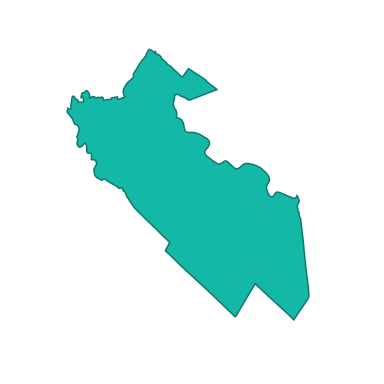 Thu Thua, Long An, Vietnam, rotated 166°
{"feature_id": "81297802B60662496728573", "entity_name": "Thu Thua", "entity_type": "district", "adm_level": 2, "iso_a3": "VNM", "parent_name": "Vietnam", "parent_adm1": "Long An", "projection": "equal_earth", "projection_center": [106.358, 10.661], "detail": "fine", "context": "isolated", "style": "filled", "palette": "teal", "viewbox_px": 384, "rotation_deg": 166, "n_neighbors": 0, "source": "geoboundaries", "source_scale": "gbopen_adm2", "svg_char_len": 6103}
<svg xmlns="http://www.w3.org/2000/svg" viewBox="0 0 384 384"><g transform="rotate(166 192 192)"><path d="M180.4,60.5L179.3,61.0L166.3,74.3L152.9,87.7L142.3,71.2L128.4,50.3L124.2,43.3L118.8,48.3L106.2,59.4L104.5,61.4L103.5,63.7L102.9,66.9L102.1,71.8L100.2,88.1L97.1,110.3L96.7,111.9L95.2,123.1L94.6,128.2L93.5,136.7L93.3,139.1L93.1,139.9L93.1,140.3L93.5,141.7L93.6,142.5L93.6,143.5L93.6,144.3L93.1,145.8L93.0,146.2L93.1,146.5L93.6,147.4L93.7,147.9L93.7,148.6L93.4,150.2L93.3,151.1L93.3,151.4L93.4,152.2L93.4,152.9L93.2,153.3L92.3,154.5L91.6,155.4L90.6,156.4L90.2,157.2L90.1,157.9L90.2,159.0L90.4,160.6L90.6,162.0L91.1,163.1L91.9,162.0L92.8,161.2L93.1,161.0L93.3,160.9L94.0,160.9L95.4,161.7L97.6,163.2L107.0,170.2L108.3,171.0L108.8,171.2L109.7,171.3L110.0,171.3L110.8,171.2L111.7,170.4L112.9,169.3L113.9,168.4L114.7,168.1L115.6,168.0L116.1,168.1L116.7,168.6L117.4,169.3L117.9,170.4L118.5,172.7L118.8,175.0L118.8,177.8L118.6,178.7L118.4,179.2L118.1,179.9L117.4,180.7L115.5,182.7L114.3,183.9L113.8,185.0L113.6,185.8L113.6,187.2L113.7,188.2L114.3,189.9L114.9,191.7L116.0,193.6L118.9,197.9L120.3,199.5L122.6,201.4L124.6,202.9L125.9,203.8L127.9,204.8L130.5,206.0L132.5,206.6L134.7,206.6L135.5,206.3L140.4,203.9L141.9,203.6L143.0,203.6L143.3,203.7L144.3,204.2L145.3,205.3L146.2,206.6L149.5,211.8L150.9,213.4L151.6,213.9L152.4,214.1L153.3,214.1L154.2,213.8L155.2,213.2L156.2,212.9L157.6,212.6L158.5,212.7L159.3,212.8L160.1,213.1L160.6,213.4L164.2,217.3L167.8,221.8L168.5,222.7L169.5,224.3L170.0,225.4L170.2,226.4L170.1,227.2L169.9,227.7L169.5,228.5L168.9,229.3L167.6,230.3L166.9,230.7L165.1,232.1L163.7,233.9L163.2,235.1L163.0,236.1L163.0,236.8L163.6,238.6L164.3,239.8L165.2,240.9L167.4,242.9L170.6,246.1L171.7,246.9L173.0,247.8L174.6,248.7L176.5,249.6L178.1,250.0L180.0,250.3L181.3,250.7L182.7,251.5L183.4,252.0L183.7,252.8L183.9,253.6L184.0,255.0L183.8,259.1L183.8,260.5L183.9,262.3L184.3,263.7L184.7,264.6L185.9,265.9L189.0,268.3L188.4,269.9L188.0,271.1L187.8,272.3L187.7,273.0L187.8,274.9L187.9,275.7L188.2,276.3L188.8,277.6L189.0,278.1L189.0,279.1L188.9,280.8L188.6,282.8L188.4,283.4L188.2,283.8L187.6,284.6L187.0,285.6L186.6,286.6L185.9,288.5L185.4,290.6L184.6,290.2L184.0,290.2L183.1,290.3L182.3,290.3L181.9,290.0L181.0,289.2L180.2,288.3L179.4,287.6L178.5,286.9L177.2,286.1L176.3,285.4L174.6,283.6L173.3,282.3L172.5,281.8L171.0,281.9L159.2,283.4L148.3,284.7L145.9,285.0L143.0,285.3L144.7,287.6L147.0,290.6L148.4,292.2L150.5,295.2L151.7,297.2L152.3,298.1L156.0,302.3L161.7,308.3L165.5,312.5L170.9,308.0L172.8,306.4L173.5,306.2L173.9,306.3L174.5,306.5L175.6,308.3L177.2,311.3L177.6,312.0L178.6,313.0L180.3,315.8L181.9,318.6L182.3,319.1L183.6,320.3L184.1,320.8L185.5,323.1L185.9,324.2L188.4,327.7L189.6,329.7L189.3,330.8L191.0,333.1L192.0,334.2L192.3,334.3L192.7,334.3L193.1,334.1L193.5,334.1L193.7,334.3L193.9,334.5L193.9,334.8L193.9,335.2L193.4,336.2L193.4,336.5L193.4,336.9L193.5,337.2L193.8,337.3L194.1,336.6L194.4,336.4L194.6,336.4L194.8,336.5L195.2,336.9L195.9,338.0L197.2,339.4L198.4,340.7L199.7,340.2L200.4,339.7L201.1,339.0L201.6,338.5L203.0,336.8L203.7,335.8L204.3,334.9L205.6,334.1L206.1,333.6L206.6,333.0L207.2,332.6L208.0,332.2L208.9,331.6L212.7,328.3L215.6,325.2L220.4,320.8L220.6,319.4L220.7,318.8L221.1,317.7L221.8,317.0L222.8,316.4L226.8,314.5L227.9,313.7L229.3,312.7L230.8,311.3L233.1,308.8L233.9,307.7L234.4,306.7L234.6,305.1L234.6,303.7L234.6,302.5L234.2,300.5L237.2,300.0L240.5,299.7L241.3,299.8L241.5,302.4L246.4,302.7L247.6,302.7L247.9,301.9L248.1,301.6L248.4,301.3L248.8,301.4L250.5,302.0L251.6,302.2L253.5,302.1L254.9,302.4L255.5,302.6L255.9,302.8L256.1,303.0L256.0,303.5L255.4,304.5L255.5,304.8L255.9,305.4L256.3,305.9L256.7,306.0L257.0,306.1L257.9,305.6L258.5,305.7L258.8,305.9L259.6,306.4L260.4,306.6L260.8,306.6L261.4,306.3L261.9,306.3L262.4,306.7L263.5,307.7L264.4,308.4L265.3,308.5L266.3,308.5L267.3,308.4L267.9,307.9L268.4,307.8L268.6,308.1L268.6,308.6L268.3,309.1L268.1,310.2L267.9,311.5L267.9,312.4L268.3,313.7L268.9,315.0L269.6,315.8L270.1,315.9L270.7,315.7L271.7,315.0L272.1,314.8L272.9,314.6L274.0,314.7L274.6,314.6L275.1,314.1L276.6,311.2L276.8,310.4L276.4,310.2L274.8,310.2L274.8,308.9L275.2,306.1L275.4,305.8L275.8,305.7L276.4,305.7L277.8,306.0L279.6,306.5L280.5,306.8L280.5,307.3L280.5,308.7L280.6,308.9L281.9,310.0L282.4,310.5L282.7,311.0L282.9,312.0L283.1,312.8L283.4,313.3L284.1,313.7L284.7,313.8L285.0,313.5L285.4,312.9L286.1,311.3L287.4,308.1L288.3,306.1L288.8,304.2L289.4,302.6L289.6,301.7L290.5,302.0L291.3,302.4L292.4,303.3L292.5,302.3L293.5,300.8L293.9,299.9L292.2,296.3L291.6,294.6L290.4,292.1L290.1,290.9L289.9,287.5L289.7,287.1L289.5,286.6L289.1,286.0L288.2,285.4L287.5,285.2L287.1,284.8L286.9,284.5L286.7,284.1L286.4,281.6L286.3,281.3L286.2,280.6L286.2,280.3L287.2,278.5L288.5,275.9L289.6,274.4L290.5,273.5L290.1,271.5L290.3,270.4L291.4,267.7L291.7,266.6L291.9,266.0L291.8,265.2L291.5,264.3L290.9,263.2L290.6,262.9L290.1,262.7L289.1,262.7L287.6,263.1L286.1,264.2L284.7,265.2L284.5,265.3L284.0,264.9L283.7,264.6L283.3,263.5L283.2,262.9L283.1,261.8L283.8,258.9L284.1,257.4L284.2,256.7L284.1,255.5L283.9,255.2L283.5,254.9L282.6,254.5L281.1,254.2L280.7,254.0L280.5,253.6L280.4,253.3L280.4,252.7L281.1,250.3L281.3,249.4L281.8,248.6L281.9,248.1L281.9,247.8L281.6,247.6L278.8,246.7L278.5,246.5L278.2,246.2L278.0,245.9L277.9,245.5L277.7,243.8L277.6,242.6L277.6,242.2L279.8,240.1L280.6,239.1L281.7,237.8L281.9,237.0L282.2,233.1L282.2,231.8L282.0,231.1L281.4,229.7L279.9,228.2L276.9,225.3L276.2,225.2L275.5,225.5L274.6,226.1L274.3,226.1L273.7,225.9L271.3,223.0L266.0,217.8L264.1,216.2L263.2,215.3L262.8,213.9L262.0,213.3L261.2,213.0L260.2,212.9L259.3,213.0L258.8,213.0L258.6,212.1L258.4,209.8L258.1,209.3L257.5,209.0L256.9,208.3L256.7,207.9L256.6,207.4L256.7,206.7L256.8,206.4L256.7,205.2L256.4,203.6L256.2,202.8L255.9,201.8L255.3,201.0L255.0,199.5L254.0,196.6L252.7,193.3L251.9,191.0L248.1,184.6L246.1,181.4L244.2,178.1L238.1,168.4L235.0,163.4L234.1,161.8L230.7,156.3L229.2,153.9L227.3,150.9L225.8,148.4L230.5,143.3L232.0,141.4L226.7,133.1L223.8,128.3L220.8,123.3L206.9,102.3L198.4,89.2L180.4,60.5Z" fill="#14b8a6" stroke="#0f766e" stroke-width="1.5"/></g></svg>